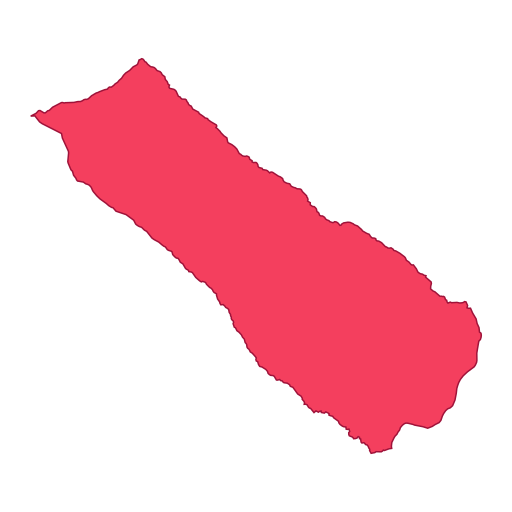 the district of Brasilândia, Mato Grosso do Sul, Brazil
{"feature_id": "56859067B25661728883389", "entity_name": "Brasilândia", "entity_type": "district", "adm_level": 2, "iso_a3": "BRA", "parent_name": "Brazil", "parent_adm1": "Mato Grosso do Sul", "projection": "albers", "projection_center": [-52.472, -21.061], "detail": "fine", "context": "isolated", "style": "filled", "palette": "rose", "viewbox_px": 512, "rotation_deg": 0, "n_neighbors": 0, "source": "geoboundaries", "source_scale": "gbopen_adm2", "svg_char_len": 6023}
<svg xmlns="http://www.w3.org/2000/svg" viewBox="0 0 512 512"><path d="M476.9,360.4L476.8,353.1L477.5,348.7L478.8,341.2L480.4,339.5L481.1,337.2L481.3,335.2L481.0,333.2L479.5,332.1L479.0,327.6L477.1,323.5L476.1,318.9L472.6,313.0L470.5,308.2L468.5,308.3L467.0,307.8L467.6,305.5L466.0,301.9L464.5,301.6L463.5,302.4L462.1,302.8L459.7,303.0L457.0,302.4L451.6,302.7L450.2,302.1L448.0,303.1L447.0,301.9L446.7,300.3L445.5,299.6L444.6,297.1L443.6,296.4L442.5,296.5L441.5,296.2L439.9,296.2L434.9,291.8L433.2,291.1L430.6,288.9L430.7,286.3L431.4,283.4L431.1,281.9L425.6,277.2L426.0,275.7L423.9,275.2L422.6,274.2L420.3,273.7L418.7,272.7L417.8,271.9L416.4,268.9L413.4,264.9L411.9,265.0L410.9,264.4L408.9,262.0L406.4,260.3L405.4,257.9L404.5,256.8L399.9,253.3L395.9,251.0L393.8,250.4L393.0,249.1L391.0,247.8L389.4,248.2L387.9,248.0L386.6,247.0L385.4,246.7L381.6,242.7L378.8,241.1L377.0,240.9L375.9,239.8L375.7,238.6L373.9,238.0L372.8,238.1L371.8,237.7L370.5,236.4L369.2,234.3L366.6,233.3L362.5,230.9L361.8,229.8L357.6,226.0L354.4,224.8L353.2,223.8L350.1,222.4L347.9,222.2L343.6,222.9L341.5,224.2L341.0,225.2L339.9,225.4L338.3,223.3L337.1,222.4L336.1,221.9L334.6,221.7L333.5,222.5L332.5,222.6L329.9,221.7L328.9,220.6L327.1,220.0L325.5,218.9L324.7,217.4L323.7,216.7L322.6,216.0L320.8,215.9L319.6,215.3L318.9,213.2L318.2,212.3L317.0,211.7L316.4,209.0L315.5,207.8L314.2,206.6L312.6,206.5L310.2,204.8L310.3,202.7L307.6,201.1L308.0,199.5L307.6,198.0L306.8,196.9L306.6,195.8L302.3,191.5L301.6,190.1L300.7,189.2L299.3,188.9L297.1,188.8L295.1,187.7L293.9,187.5L291.3,186.3L289.7,183.8L286.8,183.2L284.1,181.8L283.1,180.2L282.7,178.7L281.6,177.7L280.0,176.7L278.5,176.2L272.6,172.3L271.0,172.0L269.7,172.9L267.5,170.8L266.3,170.2L262.8,169.6L262.1,168.3L259.0,167.5L258.1,166.5L257.9,164.9L257.3,163.7L256.4,162.6L255.2,162.4L253.6,162.6L252.1,161.9L252.1,160.7L249.8,159.3L249.1,157.1L247.7,156.3L246.5,156.0L245.2,156.4L242.9,156.0L241.7,155.3L240.7,154.3L239.3,153.6L236.8,149.0L234.7,146.8L231.8,144.6L228.2,142.8L227.6,141.7L226.9,137.9L224.0,135.9L220.9,132.7L220.0,131.3L217.2,128.5L215.9,127.6L216.8,126.0L216.3,124.9L211.0,121.8L208.1,119.7L207.6,118.6L204.8,117.8L203.9,116.8L199.1,113.5L198.6,112.2L192.8,109.1L191.2,106.1L189.7,105.4L188.6,104.4L188.0,102.8L186.9,101.5L186.3,99.9L185.3,99.2L182.1,99.1L181.0,98.3L180.1,97.0L178.4,96.3L176.1,91.2L175.1,90.1L173.9,89.3L169.6,88.3L168.9,87.0L169.5,85.1L168.2,84.3L167.2,81.6L165.3,79.4L164.8,76.7L162.2,74.7L161.3,72.9L160.0,71.6L157.4,70.7L156.6,70.1L155.6,68.7L154.3,67.6L152.7,67.0L151.0,66.8L149.9,66.1L147.6,64.2L146.1,62.2L144.8,61.6L143.9,60.1L142.8,59.0L141.6,58.7L140.4,59.5L139.1,59.9L137.7,64.0L136.7,65.0L133.2,66.8L129.7,70.4L125.7,73.0L123.5,75.3L121.6,78.2L119.1,80.4L117.6,82.3L115.1,83.9L113.8,85.3L111.4,87.1L109.3,87.1L108.2,88.0L107.5,89.1L104.7,89.7L99.2,91.8L98.2,92.4L96.2,93.0L91.6,95.7L88.5,98.6L87.6,99.1L86.6,99.4L85.4,99.3L83.9,99.7L82.5,100.7L80.6,101.5L77.6,101.6L74.0,102.4L65.3,102.7L64.1,103.0L62.6,102.5L61.4,102.6L52.6,107.2L49.3,110.4L47.7,110.8L45.4,112.8L44.0,112.9L40.0,110.5L38.5,110.7L36.1,113.3L30.7,116.1L34.9,115.9L39.6,121.9L42.2,123.7L61.5,133.5L62.4,138.1L68.4,151.2L68.6,152.9L67.8,161.7L68.2,163.2L70.7,169.2L71.5,170.5L72.4,171.0L73.6,175.3L76.0,178.4L76.5,179.8L77.5,181.0L83.4,182.1L85.7,183.8L87.7,184.4L89.3,185.2L91.2,187.3L92.7,190.7L93.6,192.0L96.7,195.7L100.0,198.9L106.2,203.4L108.8,205.7L111.6,207.4L113.0,207.7L116.0,211.2L126.1,214.6L133.7,220.2L135.7,224.1L137.3,225.4L139.2,226.5L141.6,227.3L144.4,230.1L146.7,231.4L152.0,238.1L154.3,239.7L158.8,242.1L161.8,244.7L163.8,246.2L165.4,246.9L167.3,249.6L168.4,250.3L171.2,251.2L172.0,251.8L172.7,254.5L173.5,255.5L175.5,257.5L176.6,258.1L178.0,258.3L179.0,259.6L180.3,262.2L182.9,263.9L185.5,268.4L186.4,269.2L187.5,269.7L188.5,270.5L188.8,271.6L191.2,272.0L192.4,272.6L195.8,277.5L199.7,280.9L201.3,281.9L202.6,281.4L204.9,282.1L205.9,283.0L206.5,284.3L209.6,287.4L210.9,288.1L212.4,289.6L213.2,291.3L214.1,292.5L216.5,293.8L216.5,295.2L217.6,299.0L219.6,301.9L220.0,303.4L220.8,304.8L223.2,304.6L224.9,306.2L225.7,307.4L227.7,308.5L228.7,309.6L229.2,312.4L230.5,314.4L230.6,315.8L231.3,317.1L231.3,318.6L231.8,319.7L233.1,320.8L233.6,322.2L233.1,323.7L234.3,327.2L235.5,327.8L236.9,330.7L239.0,332.2L241.4,334.8L242.5,337.1L244.3,339.1L245.2,342.6L246.2,343.6L246.7,344.7L247.0,347.1L247.7,348.3L248.6,348.9L249.6,350.3L250.2,351.8L252.3,353.2L255.5,356.8L256.3,358.0L255.9,359.3L256.2,360.9L257.7,361.7L258.5,364.5L259.7,366.4L262.0,367.0L265.8,369.4L267.5,371.4L268.1,373.4L269.3,374.5L270.5,375.3L273.2,375.6L274.3,376.4L276.4,380.0L277.5,380.1L279.7,379.5L280.6,380.6L282.0,380.8L282.9,381.9L283.9,382.7L287.3,383.2L289.6,384.7L290.3,386.3L292.9,387.3L297.7,394.0L301.0,396.1L302.3,398.2L302.2,399.3L304.0,401.4L304.5,402.8L304.2,404.3L305.4,404.2L307.0,404.7L308.5,407.2L309.4,408.0L310.6,408.4L314.0,412.6L316.0,410.9L318.4,412.2L319.7,411.3L321.1,411.1L321.3,412.5L324.4,413.1L325.8,411.9L328.1,413.0L329.1,413.8L328.9,415.0L330.1,415.6L332.7,416.3L333.7,417.8L338.5,421.3L338.9,422.9L340.0,424.4L342.3,426.1L343.6,426.7L345.9,427.0L346.2,429.2L347.4,429.4L349.0,429.1L349.7,431.5L348.7,432.7L348.8,434.6L349.3,435.8L352.3,437.0L353.1,437.7L353.6,438.7L355.4,438.6L357.1,438.0L358.2,436.6L359.5,437.3L359.5,438.7L360.6,438.9L361.1,442.1L361.9,443.0L363.8,442.7L364.7,443.3L365.5,444.5L367.2,445.0L368.3,446.5L368.7,447.8L369.7,449.2L369.6,450.5L371.1,453.3L374.8,452.6L376.0,451.7L381.3,451.8L382.6,451.0L383.3,450.1L384.4,450.5L389.0,448.8L391.7,448.4L391.4,446.2L391.8,442.5L394.1,437.7L395.1,436.1L396.9,434.3L397.8,432.4L399.6,430.0L400.4,427.6L402.4,425.2L404.5,423.6L406.0,423.1L407.8,423.2L412.9,424.4L414.6,425.1L422.9,426.7L427.7,428.2L432.3,426.4L435.2,424.5L439.1,422.6L440.9,420.4L442.4,416.0L443.6,413.6L445.7,410.6L447.7,408.8L450.3,407.8L452.6,405.7L455.0,400.0L456.3,393.1L456.8,388.5L457.7,385.4L458.7,382.6L460.4,379.4L463.2,375.8L467.5,371.8L474.2,366.8L475.4,365.0L476.6,362.3L476.9,360.4Z" fill="#f43f5e" stroke="#9f1239" stroke-width="1.5"/></svg>